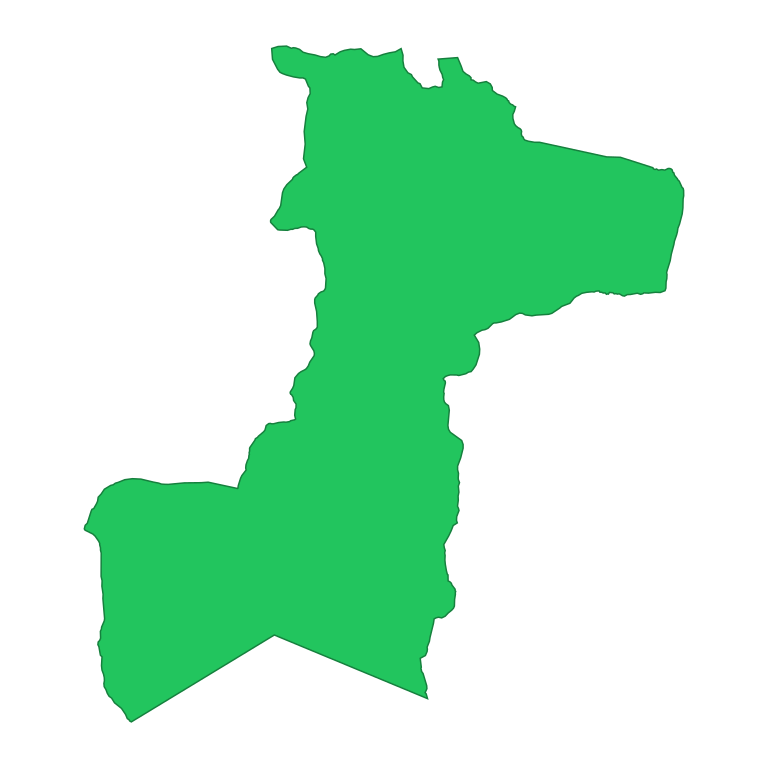 the district of Molinos, Salta, Argentina
{"feature_id": "61730980B63550758975873", "entity_name": "Molinos", "entity_type": "district", "adm_level": 2, "iso_a3": "ARG", "parent_name": "Argentina", "parent_adm1": "Salta", "projection": "albers", "projection_center": [-66.4, -25.575], "detail": "fine", "context": "isolated", "style": "filled", "palette": "green", "viewbox_px": 768, "rotation_deg": 0, "n_neighbors": 0, "source": "geoboundaries", "source_scale": "gbopen_adm2", "svg_char_len": 6019}
<svg xmlns="http://www.w3.org/2000/svg" viewBox="0 0 768 768"><path d="M672.1,169.8L671.2,169.0L669.9,168.5L668.1,168.5L664.9,170.1L661.8,169.6L658.5,170.2L656.5,169.0L655.0,169.5L653.4,168.8L652.9,167.7L620.4,157.3L606.6,156.9L539.6,142.3L534.6,142.3L528.3,141.2L524.9,140.1L523.6,138.7L523.3,137.3L521.8,135.9L521.3,133.8L521.6,131.3L521.0,129.7L519.9,128.6L518.1,127.7L515.6,125.6L514.3,123.7L513.6,121.0L512.9,118.4L512.8,114.5L514.3,111.3L515.6,106.8L513.9,106.1L512.7,104.9L510.6,104.1L509.1,102.5L508.6,100.9L507.6,100.5L507.0,99.1L505.7,97.8L502.6,96.1L497.1,94.1L492.4,90.5L492.2,87.4L490.3,83.9L486.3,81.6L478.1,83.2L475.5,81.9L473.3,80.2L471.0,79.8L471.0,77.6L469.2,75.8L466.2,74.1L463.0,71.4L461.2,66.2L457.6,57.6L438.1,59.1L438.9,61.2L438.9,65.1L439.3,67.4L440.0,70.1L442.2,74.5L442.7,77.4L443.6,79.6L442.5,82.1L442.0,86.9L438.7,87.5L435.2,86.3L432.5,87.0L428.8,88.6L422.2,87.9L420.0,83.7L417.9,82.9L412.5,76.9L411.4,74.6L407.9,72.8L404.0,67.3L402.9,60.9L403.0,55.2L401.1,48.6L395.4,51.8L389.1,52.9L383.3,54.4L377.7,56.4L373.2,56.7L368.2,54.8L360.9,48.8L354.6,49.5L350.6,49.2L344.3,50.4L340.2,51.8L335.0,55.0L333.3,53.8L330.7,54.1L329.1,55.9L325.6,57.3L320.4,56.6L315.1,55.0L308.1,53.7L303.0,52.2L299.6,49.4L295.7,48.0L293.2,47.7L291.4,48.3L286.6,46.1L278.1,46.5L271.7,48.5L272.5,59.3L277.6,69.2L280.0,72.3L282.6,73.6L286.4,75.0L293.5,76.9L299.6,77.9L303.0,77.9L305.5,79.1L308.4,86.2L309.9,88.0L310.2,93.6L308.1,97.6L306.8,102.6L307.8,109.0L306.1,116.3L304.2,131.5L305.2,144.1L303.5,158.8L306.7,167.2L298.4,173.5L297.5,174.6L296.5,174.8L293.8,176.9L292.9,178.0L292.4,179.4L286.9,184.6L283.9,188.9L282.5,192.7L280.7,205.5L279.2,208.7L278.2,209.8L274.5,216.2L271.0,219.5L270.6,220.5L270.6,222.0L270.9,222.6L277.7,229.7L279.4,230.0L287.5,230.3L290.8,229.3L292.7,229.3L294.8,228.4L297.6,228.3L301.2,227.0L304.0,226.8L306.6,227.0L309.0,228.6L310.8,229.1L312.5,229.1L313.8,229.7L315.7,232.1L315.7,236.3L316.6,243.9L318.2,248.4L318.5,250.7L319.9,254.0L321.0,255.5L322.5,258.6L322.5,260.2L323.7,262.8L324.9,268.5L324.9,273.8L326.1,278.5L325.5,288.0L324.9,289.4L323.6,291.1L320.9,292.0L318.4,293.8L317.7,295.2L315.2,298.0L314.7,299.6L314.7,303.0L316.6,311.5L317.3,321.5L317.3,327.3L315.9,329.1L313.6,330.7L312.9,332.3L311.8,337.9L310.5,340.9L310.0,343.9L310.6,345.6L313.9,350.9L314.4,353.4L314.2,355.6L309.8,362.1L308.3,365.9L306.4,368.6L304.8,369.8L301.0,371.7L298.5,373.5L294.9,377.8L293.8,385.5L292.7,388.1L290.2,392.1L290.2,393.1L290.7,394.2L291.6,394.7L293.2,397.4L293.6,400.5L296.1,404.1L296.0,407.7L295.2,409.5L294.7,415.3L295.6,419.0L294.7,419.8L290.7,420.7L289.5,421.6L286.0,422.2L283.8,422.0L278.7,422.5L273.4,423.8L271.6,423.8L270.3,423.4L268.7,423.6L266.2,425.5L265.0,430.0L263.7,431.7L258.4,436.2L257.5,437.4L255.4,438.7L254.9,440.2L250.0,447.3L249.6,448.2L249.6,451.0L249.1,452.9L249.4,454.4L249.0,455.0L248.6,458.5L247.5,460.4L246.0,464.8L245.7,468.0L246.1,470.0L241.9,475.5L240.6,478.2L238.3,485.5L237.9,488.2L237.5,488.5L208.2,482.2L201.0,482.7L184.3,482.9L168.2,484.4L164.7,484.3L161.5,484.1L158.7,483.1L153.4,482.1L140.9,479.1L132.4,478.7L124.8,479.7L118.1,482.4L115.3,483.2L113.2,484.8L110.7,485.4L104.4,489.2L101.1,494.1L98.2,497.2L97.6,501.2L96.4,503.9L93.7,508.6L92.0,509.3L91.2,511.0L87.3,523.3L85.2,525.3L84.3,528.9L85.1,530.2L92.8,534.0L95.2,536.2L98.8,541.4L99.7,543.4L99.7,544.8L100.5,547.9L100.5,550.1L101.2,553.0L101.1,576.4L102.1,580.7L101.9,586.2L103.1,594.3L102.9,598.5L104.6,618.6L104.3,620.8L101.6,627.1L101.4,629.1L100.4,631.3L100.6,638.2L99.7,640.4L98.2,642.0L97.9,644.7L98.9,646.7L100.4,655.2L102.0,656.8L101.5,665.7L102.0,670.1L103.5,674.1L104.3,677.7L104.4,680.8L103.9,683.5L104.2,686.7L105.9,689.5L107.3,693.3L109.1,696.3L111.6,698.1L114.5,702.8L121.5,708.4L125.6,714.5L127.3,718.6L129.1,719.8L129.6,720.9L131.3,721.9L274.3,635.0L427.5,698.6L426.2,693.9L425.1,692.7L426.9,688.7L426.7,685.7L423.1,673.6L421.4,671.1L421.5,670.3L420.9,668.4L421.3,667.3L420.2,658.3L425.4,655.5L427.1,651.5L427.4,649.2L427.1,647.2L429.4,641.3L430.0,637.5L433.5,623.2L434.1,618.9L436.2,617.8L438.5,617.2L441.7,617.9L445.2,616.2L448.2,613.0L451.8,610.1L453.5,608.2L454.4,606.1L454.6,599.5L455.4,594.3L455.3,592.8L455.7,591.3L455.1,590.7L455.1,589.2L452.0,585.1L451.3,583.2L449.9,581.8L448.1,580.9L448.0,574.9L447.3,574.2L446.4,570.7L445.3,564.3L444.9,560.0L445.1,555.5L444.7,552.9L445.2,550.5L444.3,547.7L443.8,544.5L448.7,535.9L451.2,530.7L453.2,525.5L457.3,522.9L456.5,520.4L456.7,516.6L459.0,510.5L458.5,508.5L457.5,506.2L458.3,500.2L458.1,496.2L458.9,492.2L458.3,486.1L459.5,482.6L458.4,479.8L458.2,478.0L458.5,473.4L457.6,469.8L457.6,466.1L460.7,457.8L463.1,448.2L463.1,444.5L461.7,440.5L450.3,432.3L448.5,429.3L447.9,425.5L449.3,410.2L448.4,405.6L445.8,403.7L444.5,402.1L443.8,399.9L443.7,396.9L444.1,393.3L443.6,392.2L443.9,389.4L445.4,382.9L445.2,381.1L444.2,380.5L443.2,378.7L445.4,376.5L447.6,375.6L450.2,374.9L456.7,375.0L458.8,375.5L465.9,373.7L468.5,372.1L471.1,371.6L473.2,369.1L476.0,364.9L479.4,354.3L479.7,349.1L478.7,342.5L474.3,335.1L477.0,332.7L482.0,330.2L485.1,329.6L488.0,328.3L492.7,323.6L494.4,322.9L496.1,322.9L501.4,321.9L509.5,319.3L515.8,314.6L519.6,313.1L522.5,313.4L525.3,314.9L532.0,315.8L536.2,315.1L548.7,314.3L551.9,313.3L559.8,308.0L561.7,306.4L570.0,303.2L574.1,298.0L576.5,296.2L578.4,295.4L581.8,293.3L586.7,292.3L592.0,291.8L594.2,292.0L595.9,291.2L599.0,290.9L599.9,292.2L601.5,292.2L603.2,293.0L605.0,292.9L606.5,294.3L607.5,293.9L608.4,294.1L609.5,292.4L613.0,292.8L614.2,293.9L616.2,293.6L617.2,294.1L619.3,293.8L622.5,295.7L624.4,296.1L627.3,294.6L630.3,294.5L637.3,293.2L640.6,294.3L642.8,293.7L643.9,292.9L648.5,293.1L655.4,292.3L660.2,292.5L665.0,290.7L665.9,288.2L666.1,281.7L666.8,278.7L667.0,274.5L666.6,272.8L667.1,270.6L670.2,260.7L671.3,254.2L673.9,244.4L674.4,241.3L676.6,234.9L677.4,231.8L677.9,228.2L679.5,224.2L682.2,213.9L682.9,207.9L683.1,198.9L683.7,195.9L683.6,190.3L683.1,188.3L682.1,187.5L679.2,181.1L677.9,179.9L677.3,178.7L674.5,175.3L673.8,172.8L672.9,172.4L672.1,169.8Z" fill="#22c55e" stroke="#15803d" stroke-width="1.5"/></svg>